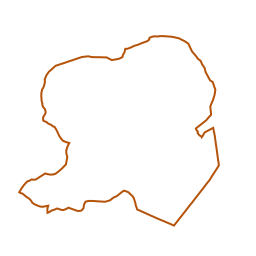 San Andrés Tenejapan, Veracruz, Mexico (Robinson projection), rotated 100°
{"feature_id": "50627088B12638306818283", "entity_name": "San Andrés Tenejapan", "entity_type": "district", "adm_level": 2, "iso_a3": "MEX", "parent_name": "Mexico", "parent_adm1": "Veracruz", "projection": "robinson", "projection_center": [-97.088, 18.772], "detail": "fine", "context": "isolated", "style": "outline", "palette": "amber", "viewbox_px": 256, "rotation_deg": 100, "n_neighbors": 0, "source": "geoboundaries", "source_scale": "gbopen_adm2", "svg_char_len": 3801}
<svg xmlns="http://www.w3.org/2000/svg" viewBox="0 0 256 256"><g transform="rotate(100 128 128)"><path d="M206.6,104.9L209.1,94.9L210.3,90.3L210.4,89.8L211.3,86.2L211.5,85.5L212.0,83.4L212.1,82.9L213.2,78.2L213.5,76.6L214.3,73.3L214.5,72.4L216.0,66.1L216.1,65.8L215.9,65.7L215.0,65.2L210.9,63.0L208.2,61.6L205.9,60.3L204.9,59.8L203.6,59.1L201.6,58.0L199.5,56.9L197.4,55.8L195.3,54.7L194.0,54.0L193.8,53.9L192.1,53.0L190.6,52.1L189.4,51.5L187.1,50.3L185.1,49.3L182.8,48.0L180.7,46.9L179.0,46.0L177.3,45.1L174.3,43.5L173.5,43.1L172.7,42.7L171.6,42.1L169.4,41.0L165.7,38.9L164.7,38.5L159.1,36.2L154.4,34.2L149.1,32.0L148.1,32.3L145.9,33.0L143.4,33.9L141.0,34.6L137.9,35.6L135.4,36.4L129.9,38.2L129.1,38.5L125.6,39.6L120.3,41.3L115.0,43.4L113.1,44.1L114.4,45.9L115.3,47.0L116.9,49.0L117.8,50.1L118.7,51.4L120.6,52.4L122.2,52.8L124.2,53.8L123.8,54.0L123.4,54.1L123.4,54.9L123.0,56.0L121.6,57.8L121.3,58.2L120.9,58.5L119.7,58.8L119.5,58.6L119.4,58.7L119.2,58.9L118.0,60.3L116.7,61.1L111.2,56.2L107.2,52.6L106.3,52.0L105.3,51.4L102.6,49.8L100.6,48.5L99.7,48.7L97.7,49.2L96.1,49.7L92.6,50.7L89.2,50.0L87.3,49.5L86.4,49.3L84.2,49.0L81.3,48.6L80.0,48.5L78.2,48.5L77.3,48.6L75.2,48.6L74.7,48.9L69.0,52.0L68.1,52.5L66.8,55.5L66.0,56.1L59.3,61.4L55.7,62.9L52.4,66.1L51.6,66.6L50.8,67.1L49.1,68.4L47.6,71.4L47.1,71.8L45.8,73.0L43.8,75.4L41.4,78.3L37.5,81.1L34.5,83.2L32.7,87.2L31.3,91.9L30.8,93.5L30.5,100.2L31.0,105.5L31.6,110.9L32.6,114.4L33.3,118.7L35.2,122.3L36.6,122.7L37.2,122.4L39.0,123.9L42.0,129.1L44.3,132.7L45.3,134.7L46.2,136.4L48.3,139.3L50.2,142.6L50.5,144.4L54.1,144.6L57.1,145.7L59.1,145.8L61.3,148.7L62.5,151.7L63.9,155.8L62.2,161.3L62.7,164.6L63.2,168.1L63.9,172.2L64.4,175.8L64.3,179.6L66.0,185.5L68.1,189.5L69.9,192.7L73.5,199.4L74.3,200.7L76.2,204.3L79.3,210.1L86.4,215.7L90.2,217.5L94.7,218.4L95.9,218.1L97.3,217.8L99.3,217.9L101.4,218.1L103.1,218.5L105.1,219.3L107.0,219.3L108.3,219.4L111.4,219.0L113.7,218.4L116.3,217.8L118.4,216.7L120.3,216.3L122.0,215.3L123.2,213.8L124.5,212.7L125.7,212.2L126.9,211.8L128.6,212.0L130.6,212.9L132.2,213.5L132.7,213.3L134.0,213.1L134.9,213.0L135.6,212.5L136.3,209.2L137.4,207.6L137.8,206.2L138.0,205.5L138.1,205.0L138.2,204.2L139.2,202.5L139.5,202.0L139.6,201.0L139.6,200.6L140.9,199.5L140.9,199.4L142.0,198.4L142.7,197.9L143.6,197.2L146.0,195.5L147.3,194.7L147.6,194.4L149.4,192.7L150.1,192.1L151.9,189.8L152.0,189.6L152.3,188.0L152.6,186.7L152.7,185.9L153.0,183.2L156.3,184.3L158.5,184.6L160.8,184.9L163.6,184.3L164.6,183.9L165.0,183.7L167.3,182.7L172.3,182.8L174.6,182.8L178.9,185.7L179.6,186.2L183.0,188.9L183.8,189.7L185.7,191.5L186.2,192.6L186.7,193.4L187.4,196.4L187.4,198.1L187.4,198.4L187.4,200.1L187.1,201.6L191.0,205.8L191.2,206.1L194.3,209.4L194.9,210.1L195.4,212.7L195.3,213.8L195.9,214.6L196.4,215.2L197.5,216.4L197.7,217.4L198.5,218.2L202.5,220.7L203.0,220.9L206.2,222.5L208.2,223.2L210.1,224.0L210.8,222.5L210.9,220.5L213.0,217.0L213.6,215.8L214.1,214.5L215.0,212.6L216.6,210.6L218.1,209.4L219.3,207.0L220.2,203.2L220.6,200.8L220.4,198.2L219.7,196.4L219.4,195.7L218.4,193.1L221.5,193.4L225.5,192.5L224.4,190.8L223.2,189.6L222.2,188.3L221.8,187.6L221.3,186.4L220.2,184.8L219.6,183.9L219.7,182.4L220.2,179.8L220.0,177.4L219.7,176.9L219.6,176.7L219.2,176.0L218.3,174.6L216.8,172.8L217.5,169.0L218.5,162.7L218.4,162.3L217.3,159.4L215.7,158.5L214.7,157.9L210.9,158.0L210.0,157.7L207.9,157.0L207.1,155.2L206.6,153.9L206.3,152.0L206.0,150.3L205.8,148.5L205.3,143.6L204.6,137.7L202.4,133.2L201.4,132.3L199.1,130.3L198.4,129.2L196.9,127.1L196.0,126.3L193.7,124.3L193.1,123.8L191.1,121.9L190.5,121.4L190.5,120.2L190.6,119.5L191.1,116.7L192.0,115.3L192.2,115.0L193.7,112.7L194.5,111.5L196.1,110.1L198.0,109.1L199.9,108.1L201.0,107.5L202.3,107.2L203.9,106.3L205.2,105.5L205.9,105.2L206.6,104.9Z" fill="none" stroke="#b45309" stroke-width="2"/></g></svg>